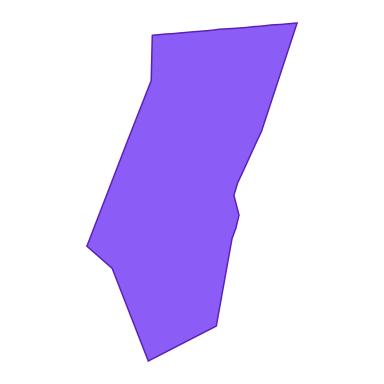 Marizópolis, Paraíba, Brazil
{"feature_id": "56859067B22509587419183", "entity_name": "Marizópolis", "entity_type": "district", "adm_level": 2, "iso_a3": "BRA", "parent_name": "Brazil", "parent_adm1": "Paraíba", "projection": "natural_earth1", "projection_center": [-38.326, -6.828], "detail": "fine", "context": "isolated", "style": "filled", "palette": "violet", "viewbox_px": 384, "rotation_deg": 0, "n_neighbors": 0, "source": "geoboundaries", "source_scale": "gbopen_adm2", "svg_char_len": 497}
<svg xmlns="http://www.w3.org/2000/svg" viewBox="0 0 384 384"><path d="M148.3,361.0L216.3,326.0L232.0,238.7L235.9,228.1L239.0,215.1L233.9,195.3L237.6,183.0L245.3,166.5L255.9,143.2L261.5,131.3L297.1,23.0L289.9,23.6L281.6,24.4L271.8,24.9L261.5,26.1L254.0,26.6L246.0,27.5L235.4,28.3L227.2,28.8L219.5,29.2L212.5,30.2L205.0,30.9L194.4,31.7L181.8,32.8L173.2,33.6L164.5,34.1L152.3,35.3L151.2,80.6L127.8,140.2L86.9,246.2L112.2,268.4L148.3,361.0Z" fill="#8b5cf6" stroke="#5b21b6" stroke-width="1.5"/></svg>